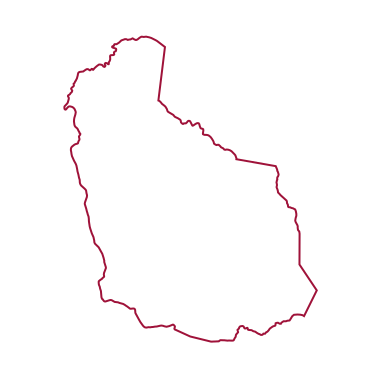 the district of Esquipulas del Norte, Olancho, Honduras, rotated 282°
{"feature_id": "27666195B82865348656076", "entity_name": "Esquipulas del Norte", "entity_type": "district", "adm_level": 2, "iso_a3": "HND", "parent_name": "Honduras", "parent_adm1": "Olancho", "projection": "albers", "projection_center": [-86.526, 15.273], "detail": "fine", "context": "isolated", "style": "outline", "palette": "rose", "viewbox_px": 384, "rotation_deg": 282, "n_neighbors": 0, "source": "geoboundaries", "source_scale": "gbopen_adm2", "svg_char_len": 5826}
<svg xmlns="http://www.w3.org/2000/svg" viewBox="0 0 384 384"><g transform="rotate(282 192 192)"><path d="M234.7,268.5L233.3,228.6L234.1,228.5L236.9,226.8L237.7,225.8L240.1,222.2L240.7,220.4L240.9,218.8L240.8,217.2L240.2,215.8L240.2,214.8L241.2,213.4L241.8,211.1L242.6,210.2L243.7,208.3L243.5,207.3L243.0,206.1L243.3,204.9L243.9,203.5L244.3,203.3L245.2,202.9L246.3,202.2L248.3,200.3L249.6,198.8L250.0,198.1L250.7,196.7L250.9,195.8L250.9,194.6L250.5,192.1L250.8,190.8L251.5,190.5L254.6,190.3L255.7,189.9L256.0,189.3L256.0,188.0L256.2,187.2L257.7,186.1L259.9,185.0L260.6,184.2L260.6,183.3L260.1,182.2L258.8,180.8L257.3,179.4L257.0,178.7L257.4,178.2L259.9,176.2L260.8,175.4L261.0,174.8L261.0,174.2L260.8,173.7L260.4,173.2L259.9,172.9L259.2,172.7L257.9,171.7L257.4,169.8L256.8,169.3L256.7,168.7L257.1,167.8L257.8,166.8L259.7,166.0L260.3,165.3L261.3,162.6L261.6,161.1L262.1,159.4L263.5,157.7L265.2,152.7L265.6,151.7L266.1,151.2L268.0,150.1L270.0,148.2L270.9,146.6L272.0,144.3L273.2,142.9L274.0,141.7L274.3,141.0L274.5,140.1L328.2,135.4L332.5,126.3L333.0,124.7L334.2,120.1L334.4,118.0L334.4,114.8L333.6,112.5L333.5,110.7L333.3,110.1L331.9,108.6L329.8,106.9L329.1,105.8L329.0,105.1L329.4,103.4L329.8,102.5L329.9,101.9L328.5,100.2L328.0,98.7L327.4,97.6L327.8,96.1L327.6,94.7L325.6,91.4L323.0,89.6L321.1,87.7L320.8,87.2L320.6,85.8L320.3,85.4L319.9,85.2L319.2,85.3L318.8,85.2L318.0,83.9L317.6,83.7L317.1,83.8L316.8,84.3L316.7,85.4L316.6,85.9L316.5,87.1L316.3,87.9L315.8,88.2L314.6,88.3L313.8,88.1L313.1,87.0L312.4,86.7L311.9,86.7L310.5,87.3L310.1,87.2L309.6,86.6L309.0,84.4L308.8,84.0L308.4,83.7L307.5,83.7L304.9,84.4L303.3,84.3L301.3,83.6L300.0,84.0L299.7,83.9L299.6,83.7L299.6,83.3L300.2,82.0L300.3,81.3L300.3,80.8L300.0,80.4L299.5,80.1L298.9,80.1L298.3,80.4L297.6,81.0L297.2,81.0L296.6,80.8L296.2,80.4L296.3,79.3L297.4,77.9L297.6,77.4L297.6,75.7L297.3,74.5L295.8,73.1L294.4,72.0L292.7,70.8L291.6,70.3L291.0,69.9L291.0,69.6L291.6,69.1L291.5,68.2L290.1,67.3L289.8,66.8L290.5,64.8L290.4,63.8L289.6,62.7L288.0,61.2L287.3,60.6L286.2,57.4L285.8,56.7L285.1,56.1L283.6,55.9L282.4,56.0L279.0,55.8L277.8,55.4L276.6,55.2L275.9,54.7L274.4,54.5L273.2,53.7L271.7,54.3L271.2,54.3L270.2,53.7L269.5,53.0L268.4,52.4L268.0,52.3L267.7,52.4L266.2,53.8L265.1,53.7L264.4,53.4L263.5,52.7L262.3,52.3L261.6,51.7L261.0,51.0L260.4,50.7L259.8,50.8L258.7,51.8L258.1,52.0L257.2,52.1L253.6,51.9L252.4,51.4L249.4,49.6L249.0,49.5L248.1,49.6L247.1,49.9L246.6,50.2L246.3,50.7L246.3,51.2L246.7,51.7L248.0,52.3L249.6,53.3L250.2,54.1L250.4,55.1L250.3,57.0L249.9,58.2L249.5,58.9L248.7,59.9L246.9,61.2L245.9,61.7L243.6,61.8L240.0,61.5L238.2,61.6L236.4,61.9L233.3,63.0L232.3,63.6L231.5,64.4L230.4,66.4L229.8,67.1L228.3,68.2L227.3,69.2L226.4,69.6L226.0,70.4L225.6,70.7L224.8,70.7L223.8,70.2L222.8,69.9L221.9,70.2L220.5,70.9L219.7,71.0L217.9,70.4L216.0,70.3L215.6,70.0L214.7,68.3L213.9,67.2L211.6,65.3L210.7,64.8L209.9,64.6L208.9,64.6L207.5,64.9L205.9,65.6L204.2,66.2L202.2,67.1L198.2,70.0L195.4,72.4L193.9,73.4L190.5,74.9L188.4,75.7L185.3,77.3L182.5,78.5L180.6,79.6L178.0,80.3L176.9,80.8L176.0,81.5L175.3,82.2L172.9,86.3L172.1,87.5L171.4,88.1L168.8,89.1L167.0,90.0L165.2,90.2L159.8,89.5L158.5,89.5L157.8,89.7L153.7,92.0L151.2,93.2L150.0,93.9L148.2,94.8L146.5,95.9L144.5,96.6L141.8,97.3L137.0,99.1L135.2,100.0L130.7,102.6L127.4,105.0L124.3,106.4L122.4,107.0L121.7,107.5L121.1,108.1L118.5,112.2L114.7,115.5L112.9,117.1L109.2,119.2L106.5,120.5L105.3,120.7L100.5,123.4L99.6,123.6L94.5,122.8L93.0,122.9L91.2,123.6L90.6,123.5L89.1,122.3L88.2,121.9L87.4,121.0L85.7,119.6L85.2,119.4L84.6,119.4L82.5,120.0L81.5,120.5L80.3,121.4L78.4,122.2L76.2,123.5L70.3,125.3L68.9,126.1L68.5,126.7L68.4,127.1L67.9,127.5L67.0,128.6L66.8,129.2L66.9,130.1L69.0,133.8L69.4,134.7L69.5,135.4L69.4,136.2L68.4,139.2L68.7,142.6L68.4,144.2L68.2,147.9L67.7,149.5L66.9,151.4L66.5,152.5L65.4,154.8L65.0,155.7L65.1,156.5L65.8,158.6L65.9,159.4L65.8,160.0L65.4,160.5L64.8,160.9L62.1,161.7L61.6,162.0L56.0,166.8L54.0,168.6L51.0,171.9L50.2,173.1L49.8,174.2L49.9,175.6L50.7,177.5L51.0,179.4L51.4,180.3L51.9,182.0L52.6,183.7L53.1,185.5L54.6,188.7L55.0,189.8L55.1,191.4L54.9,193.0L54.9,195.1L56.1,197.6L57.5,199.7L58.2,200.7L58.3,201.5L57.4,202.8L57.0,203.2L56.5,203.3L55.1,203.2L54.6,203.2L54.0,203.7L50.3,220.3L49.6,241.8L51.5,249.2L52.4,250.0L52.9,250.5L53.3,252.4L53.7,254.6L54.0,257.7L54.4,258.9L54.9,261.9L55.2,263.0L55.6,263.5L55.9,263.7L57.7,264.1L59.4,264.8L61.2,264.7L61.8,264.8L64.3,266.2L64.6,266.2L66.2,265.3L66.7,265.2L68.2,266.3L69.1,266.3L69.9,266.6L70.5,267.0L70.8,267.5L71.4,269.1L71.3,270.1L71.1,270.5L69.9,271.4L69.6,271.8L69.5,272.2L69.7,272.9L70.4,273.8L70.6,274.4L70.3,274.8L69.2,275.2L68.9,275.7L68.9,276.6L69.2,278.6L69.2,279.1L68.6,280.8L68.5,283.0L67.8,284.5L67.1,286.6L67.0,287.8L66.6,288.7L66.6,289.4L66.8,290.2L67.4,290.9L68.3,291.3L68.4,291.9L68.5,292.6L68.6,292.9L70.2,293.7L70.7,294.4L71.2,294.9L73.0,295.9L73.9,296.2L74.9,296.8L77.2,298.9L78.0,300.2L78.6,301.2L79.0,301.3L81.0,301.1L81.5,301.8L82.0,303.2L81.9,303.6L81.4,305.1L81.6,306.3L82.4,306.5L82.9,306.8L84.6,308.4L84.7,308.8L85.1,310.8L85.9,312.0L86.6,314.1L87.4,314.5L91.4,315.9L93.1,317.3L94.1,320.7L94.5,323.4L94.5,325.8L93.9,327.4L121.7,334.5L143.4,312.2L173.6,305.9L175.7,305.1L176.6,303.9L177.1,303.5L179.0,302.8L180.2,302.6L181.3,302.1L184.1,299.7L185.3,299.0L185.8,298.9L188.1,298.8L190.4,299.0L192.3,298.6L194.7,297.6L196.0,296.8L196.5,296.3L196.6,295.6L197.0,294.5L197.1,292.5L197.4,291.3L197.3,289.6L197.5,289.2L197.8,289.0L199.7,288.3L200.6,287.4L202.6,286.7L203.3,286.2L207.3,279.3L208.5,277.7L209.4,276.3L211.0,275.7L212.4,275.0L213.3,274.3L214.4,273.7L216.3,273.7L217.0,273.5L219.1,272.6L220.3,272.7L221.2,272.6L221.8,272.9L222.5,272.6L224.0,272.4L224.4,272.5L225.1,272.9L226.8,273.1L227.3,273.0L229.4,271.9L230.1,271.4L230.3,271.1L231.7,270.6L234.7,268.5Z" fill="none" stroke="#9f1239" stroke-width="2"/></g></svg>